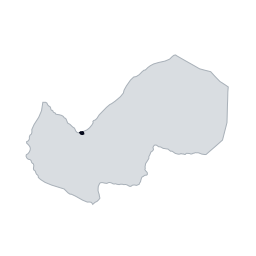 location of Asunción within Paraguay, rotated 105°
{"feature_id": "PRY-4837", "entity_name": "Asunción", "entity_type": "Capital District", "adm_level": 1, "iso_a3": "PRY", "parent_name": "Paraguay", "parent_adm1": "", "projection": "robinson", "projection_center": [-57.605, -25.319], "detail": "fine", "context": "in_parent", "style": "filled", "palette": "ink", "viewbox_px": 256, "rotation_deg": 105, "n_neighbors": 0, "source": "natural_earth", "source_scale": "10m", "svg_char_len": 3381}
<svg xmlns="http://www.w3.org/2000/svg" viewBox="0 0 256 256"><g transform="rotate(105 128 128)"><path d="M133.7,53.7L134.2,55.3L134.4,56.6L135.1,57.5L135.7,58.7L136.4,59.4L136.9,60.5L136.7,61.8L137.0,63.5L137.3,64.9L137.6,65.3L138.6,65.7L139.0,67.0L138.7,67.6L138.8,68.4L139.2,69.1L138.9,69.8L139.0,70.4L139.7,70.9L140.3,72.7L140.3,75.8L139.7,77.4L139.2,78.8L139.0,79.6L139.4,80.8L138.8,82.3L138.0,84.0L138.2,85.2L138.3,86.4L138.4,87.6L138.6,88.7L138.3,89.9L138.0,91.0L137.9,92.2L138.2,93.5L137.7,94.8L137.3,95.7L137.2,96.6L137.8,98.1L139.3,98.7L140.5,98.8L141.6,98.1L142.4,97.8L144.0,98.5L145.4,99.7L147.3,99.9L148.9,100.1L150.1,100.5L152.0,100.0L153.8,100.5L156.1,101.2L157.9,101.8L159.7,101.6L161.1,101.5L162.5,100.9L163.9,100.9L164.9,99.7L165.5,98.7L166.1,97.9L167.6,97.3L168.6,97.7L169.4,99.6L170.9,100.8L171.5,101.6L172.6,102.0L175.1,102.1L176.6,102.0L178.3,102.6L179.4,102.6L180.3,103.7L181.2,104.9L181.4,107.3L182.2,109.1L183.3,109.8L183.9,110.9L183.7,112.5L183.2,114.1L183.2,115.8L183.8,117.4L183.8,119.0L184.2,120.6L185.0,121.9L185.2,124.1L185.1,125.7L185.6,126.6L185.8,127.9L185.5,129.0L185.3,130.4L185.4,131.7L185.8,132.7L187.0,134.1L187.3,136.5L187.3,138.2L187.8,140.1L188.7,141.0L190.3,141.3L192.1,141.6L194.3,141.2L196.3,140.7L197.4,140.1L199.6,138.7L201.4,137.9L202.4,137.3L203.3,137.0L205.2,137.9L207.0,139.0L208.3,140.6L210.9,142.3L210.4,142.7L209.3,144.2L209.4,145.8L210.1,148.2L209.4,153.3L207.4,161.1L206.6,165.6L206.9,166.9L206.2,169.1L203.4,174.0L203.3,177.2L202.9,187.1L202.0,194.0L200.4,199.1L199.0,201.8L197.8,202.2L196.9,203.0L196.4,204.3L195.3,205.3L193.9,206.2L193.1,207.2L192.9,208.2L191.5,208.9L188.8,209.2L187.2,210.0L186.8,211.3L185.9,212.4L184.5,213.2L183.9,214.5L184.0,216.3L183.2,217.9L181.6,219.2L180.1,219.3L178.8,218.0L177.0,217.2L174.7,216.8L172.8,217.1L171.3,218.1L170.0,219.8L168.8,222.0L167.5,222.4L166.1,220.9L164.2,220.4L162.1,221.0L160.3,220.8L159.0,219.8L157.0,219.7L154.3,220.5L148.9,219.6L140.7,217.0L133.7,216.0L125.2,216.9L124.5,214.2L124.9,212.8L126.3,211.7L127.2,210.4L127.5,209.0L128.5,208.0L130.0,207.3L130.7,206.5L130.5,205.8L130.8,205.1L131.7,204.5L132.2,203.6L132.3,202.4L132.7,201.8L133.3,201.3L133.3,200.5L133.0,197.8L133.0,195.6L133.4,193.9L134.0,192.9L134.3,192.7L134.7,192.1L134.8,191.0L135.4,190.1L138.1,188.1L139.1,187.1L139.2,186.1L139.6,184.8L141.2,182.0L141.7,180.7L141.8,180.0L142.4,179.3L144.3,177.8L145.4,176.3L145.5,174.9L145.1,173.3L144.0,171.6L140.5,167.2L137.8,165.2L134.3,163.6L132.0,163.0L130.9,163.6L129.8,163.2L128.7,161.7L126.8,160.5L122.7,159.2L113.6,154.1L110.0,151.6L108.7,150.1L105.3,147.3L99.7,143.4L95.4,141.5L92.5,141.6L87.7,140.4L81.1,138.0L77.3,135.7L76.2,133.4L73.8,131.1L69.9,128.9L67.9,127.4L67.8,126.6L66.6,125.7L64.5,124.5L62.1,122.6L59.5,119.8L56.8,115.4L53.8,109.6L50.7,105.6L47.3,103.6L45.6,102.2L45.6,101.5L45.1,100.9L45.6,99.8L46.8,95.3L48.5,88.8L50.2,82.1L52.3,74.2L52.3,68.6L52.2,62.7L55.3,57.9L57.4,54.4L59.3,51.2L61.1,45.5L62.4,41.8L67.3,40.9L75.5,38.9L79.6,38.0L88.3,35.9L97.1,33.8L106.3,33.7L115.2,33.6L122.2,38.2L127.5,41.8L133.3,45.7L133.7,46.6L134.1,49.9L133.7,53.7Z" fill="#d9dde1" stroke="#a8b0b8" stroke-width="1"/><path d="M144.9,173.3L144.0,172.6L144.0,172.3L143.4,170.7L143.8,170.1L144.0,169.9L144.3,169.8L144.9,169.6L145.1,169.4L145.6,169.9L145.9,170.5L146.0,171.4L145.8,172.3L145.3,172.8L144.9,173.3Z" fill="#0f172a" stroke="#020617" stroke-width="1.5"/></g></svg>